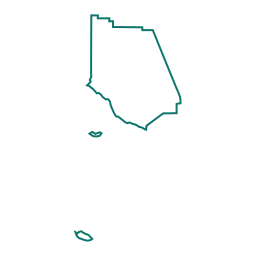 Ventura, California, United States of America (Albers equal-area conic projection)
{"feature_id": "52423323B91201263130085", "entity_name": "Ventura", "entity_type": "district", "adm_level": 2, "iso_a3": "USA", "parent_name": "United States of America", "parent_adm1": "California", "projection": "albers", "projection_center": [-119.205, 34.058], "detail": "fine", "context": "isolated", "style": "outline", "palette": "teal", "viewbox_px": 256, "rotation_deg": 0, "n_neighbors": 0, "source": "geoboundaries", "source_scale": "gbopen_adm2", "svg_char_len": 1359}
<svg xmlns="http://www.w3.org/2000/svg" viewBox="0 0 256 256"><path d="M87.1,85.4L87.7,85.6L89.0,85.8L91.8,88.2L92.3,88.3L92.7,88.6L96.8,93.3L97.0,93.4L98.4,92.9L99.0,93.1L101.4,95.1L102.6,97.0L105.3,99.0L106.5,99.4L107.8,99.1L109.1,100.2L109.7,101.3L110.1,102.0L110.5,104.5L111.5,107.3L113.7,112.3L114.8,114.2L115.0,114.7L116.0,116.3L116.6,116.5L117.5,116.5L119.1,117.3L125.6,122.5L127.8,123.2L129.1,122.6L130.2,122.7L132.2,123.7L132.9,123.9L135.8,124.7L139.4,127.0L140.3,127.0L142.4,127.8L145.0,129.4L146.1,129.7L146.5,125.8L155.8,118.8L163.3,113.3L170.5,113.3L172.7,113.2L173.8,113.2L176.6,113.2L176.6,109.1L176.6,106.7L176.6,104.0L178.6,103.5L178.8,103.5L180.5,103.3L180.5,100.5L180.4,99.6L180.0,96.7L178.3,92.4L176.2,87.5L173.7,81.4L170.4,73.4L168.6,69.0L162.2,53.3L152.8,30.1L142.3,30.1L142.3,27.3L113.0,27.0L113.0,21.2L109.2,21.3L109.4,18.3L97.8,18.3L97.9,15.4L91.3,15.4L91.1,60.8L91.1,73.8L91.3,76.8L89.8,79.9L90.7,81.8L87.1,85.4ZM75.5,232.2L76.4,235.0L76.9,235.6L77.0,236.0L77.0,236.3L79.2,238.2L82.3,239.1L83.0,239.6L84.2,239.9L87.0,240.6L88.2,240.6L90.5,240.1L92.2,238.9L88.9,235.4L88.1,234.8L86.2,234.1L83.7,233.0L81.2,231.3L80.6,231.4L79.4,231.9L79.0,231.9L78.1,232.9L77.4,233.2L75.5,232.2ZM92.3,131.9L89.5,133.7L93.0,136.1L96.6,136.5L99.8,135.7L101.5,133.2L99.6,132.3L95.3,133.9L92.3,131.9Z" fill="none" stroke="#0f766e" stroke-width="2"/></svg>